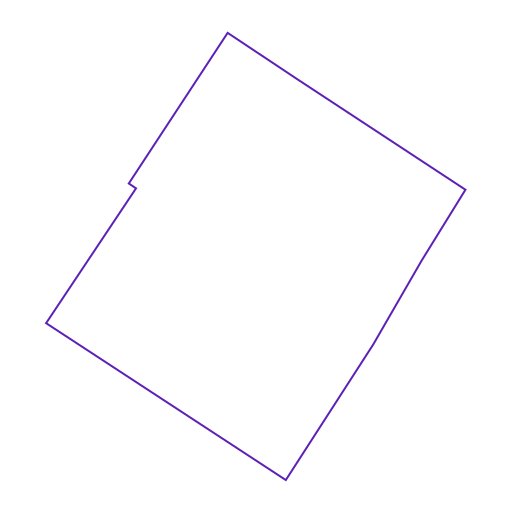 outline of Wright, Missouri, United States of America, rotated 32°
{"feature_id": "52423323B43564787012059", "entity_name": "Wright", "entity_type": "district", "adm_level": 2, "iso_a3": "USA", "parent_name": "United States of America", "parent_adm1": "Missouri", "projection": "albers", "projection_center": [-92.499, 37.271], "detail": "fine", "context": "isolated", "style": "outline", "palette": "violet", "viewbox_px": 512, "rotation_deg": 32, "n_neighbors": 0, "source": "geoboundaries", "source_scale": "gbopen_adm2", "svg_char_len": 282}
<svg xmlns="http://www.w3.org/2000/svg" viewBox="0 0 512 512"><g transform="rotate(32 256 256)"><path d="M113.6,424.2L400.0,430.2L402.3,268.9L398.9,172.3L398.5,88.8L197.4,84.2L113.7,81.8L109.7,261.9L118.4,262.2L113.6,424.2Z" fill="none" stroke="#5b21b6" stroke-width="2"/></g></svg>